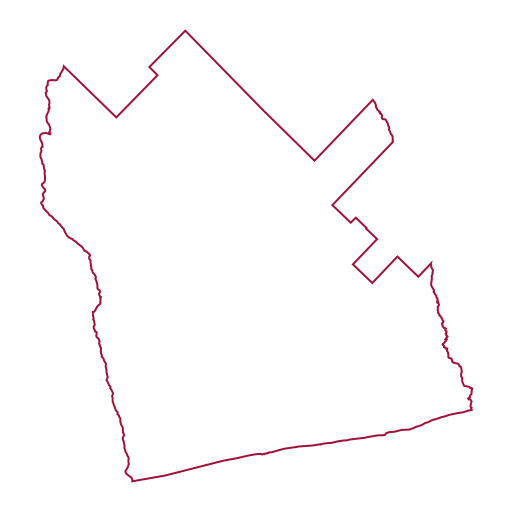 Tres Arroyos, Buenos Aires, Argentina
{"feature_id": "61730980B62269269094219", "entity_name": "Tres Arroyos", "entity_type": "district", "adm_level": 2, "iso_a3": "ARG", "parent_name": "Argentina", "parent_adm1": "Buenos Aires", "projection": "orthographic", "projection_center": [-60.092, -38.474], "detail": "fine", "context": "isolated", "style": "outline", "palette": "rose", "viewbox_px": 512, "rotation_deg": 0, "n_neighbors": 0, "source": "geoboundaries", "source_scale": "gbopen_adm2", "svg_char_len": 5923}
<svg xmlns="http://www.w3.org/2000/svg" viewBox="0 0 512 512"><path d="M392.7,136.6L392.3,135.7L390.8,133.9L389.9,131.2L388.9,129.9L388.9,129.2L389.3,128.7L389.0,126.7L388.4,126.1L387.6,123.0L386.8,122.1L386.0,120.1L385.4,119.4L383.5,119.2L382.4,118.9L382.1,118.5L381.7,117.7L382.1,116.1L381.6,114.4L380.6,113.4L380.0,113.5L379.7,112.8L379.9,112.0L379.0,111.6L378.7,110.8L377.4,109.9L377.1,108.7L376.5,108.0L376.1,107.1L375.9,105.3L375.2,103.1L372.8,99.8L314.5,160.7L263.3,110.4L185.3,30.7L149.4,67.0L157.5,75.2L116.3,117.4L63.8,66.3L63.4,68.8L60.2,74.2L60.0,75.7L59.1,76.8L58.1,77.5L57.7,78.9L57.1,79.8L55.8,80.4L53.8,80.1L51.3,80.1L48.4,80.7L48.1,81.0L47.6,83.7L47.8,85.0L46.7,86.2L46.2,87.6L46.3,89.3L46.9,90.9L46.8,91.5L45.7,92.6L45.7,93.0L46.3,95.9L49.3,100.4L49.5,103.3L48.9,105.0L49.5,106.6L49.5,107.1L49.2,107.4L49.5,108.5L49.2,108.9L48.6,108.8L48.7,110.9L46.7,115.1L46.7,115.7L46.3,116.3L46.5,117.2L46.3,117.6L46.7,119.2L46.5,119.8L46.8,121.2L48.1,123.6L48.6,123.9L49.5,125.8L50.3,128.6L50.3,129.5L49.2,132.4L49.4,133.0L50.4,133.3L50.5,133.7L50.3,134.2L49.1,134.1L48.4,133.4L47.2,133.4L46.1,133.0L42.5,133.3L40.6,134.7L39.8,136.6L39.8,137.5L40.3,139.5L41.4,141.8L41.8,142.1L42.5,145.4L42.5,146.9L41.8,146.9L41.2,148.0L41.1,148.8L41.4,151.1L40.4,153.5L40.4,156.5L40.6,157.4L41.4,158.8L42.3,162.9L42.3,163.7L43.4,164.5L43.7,165.2L43.8,167.2L44.6,170.5L45.0,171.0L44.5,172.5L45.0,176.7L45.1,179.2L44.6,181.8L44.1,182.4L41.9,184.2L41.8,184.7L42.3,186.1L44.0,188.5L44.9,189.2L45.3,190.4L45.1,191.1L43.5,193.0L42.7,194.6L43.9,198.2L43.8,198.7L42.7,201.2L41.2,202.4L41.1,203.0L41.8,204.4L43.0,205.7L43.2,206.4L43.2,207.5L43.5,208.2L48.2,213.1L49.2,214.8L52.3,216.8L53.9,219.0L57.2,221.5L58.0,223.0L59.8,224.3L61.7,226.9L63.8,229.1L64.8,231.8L67.2,235.9L69.8,238.0L72.5,239.1L73.5,240.3L76.0,241.9L77.6,243.5L81.7,246.6L82.8,247.8L84.4,250.7L86.6,251.7L87.8,252.6L90.0,255.1L90.0,255.7L89.2,256.8L89.2,258.2L89.3,258.9L90.6,260.4L90.5,262.5L90.9,264.5L90.7,265.7L91.3,266.8L91.3,269.0L91.5,269.6L92.3,270.3L92.3,271.3L92.8,272.6L94.8,274.7L95.0,275.4L95.7,276.4L95.9,277.1L95.4,279.0L96.7,281.5L96.7,282.5L97.5,285.5L97.4,286.7L97.5,288.5L97.8,289.1L99.4,290.2L100.1,291.2L100.1,291.7L99.2,293.4L99.0,294.5L100.1,296.6L101.0,297.1L100.2,298.1L100.5,298.7L100.5,300.9L100.3,301.7L100.5,303.5L97.4,306.3L94.4,311.6L92.9,311.9L92.9,315.4L93.7,317.9L93.2,319.5L93.9,320.5L94.7,324.2L94.6,325.1L93.9,326.0L93.7,327.9L94.0,328.9L94.8,330.1L94.8,331.2L96.6,332.2L96.6,334.4L96.2,335.7L96.8,337.3L98.7,338.8L99.2,340.1L99.3,341.1L99.6,341.4L99.1,343.6L99.8,345.2L100.2,346.9L101.0,348.1L100.8,351.7L101.1,353.5L101.9,355.0L101.7,356.7L102.6,357.5L103.6,358.9L104.1,360.7L105.6,363.1L105.9,363.9L105.7,366.9L106.5,369.7L106.4,370.7L106.9,374.2L107.6,376.6L107.6,377.5L106.9,378.8L106.6,380.2L108.1,382.8L109.1,385.3L110.4,386.6L110.5,387.2L110.2,388.1L111.6,390.3L112.9,393.0L113.0,393.8L112.1,396.1L112.6,398.1L112.7,402.0L113.5,403.4L113.6,404.5L115.0,407.8L115.5,409.6L116.1,410.7L117.5,412.0L117.7,412.5L117.4,414.2L118.9,415.5L119.1,416.7L120.3,418.3L120.3,421.5L120.9,424.1L122.8,427.8L122.9,432.6L123.4,433.0L124.1,435.3L122.9,437.2L122.7,438.4L122.9,439.8L123.6,441.0L124.1,444.3L124.6,445.6L124.4,447.2L124.6,448.8L125.3,450.3L125.4,451.4L126.9,454.2L127.5,455.9L128.5,457.3L128.6,458.2L128.4,461.6L128.8,464.0L127.7,467.3L125.6,470.8L125.4,471.3L125.7,472.6L126.7,474.1L131.5,477.7L132.3,479.6L132.3,481.3L165.3,475.5L222.8,460.8L237.8,458.0L248.1,455.6L254.7,454.4L258.3,454.0L261.3,454.0L262.1,454.5L263.3,454.1L264.3,454.2L264.4,453.7L267.1,453.4L267.2,453.1L268.1,453.0L269.1,452.4L271.4,452.3L283.9,448.8L297.0,446.9L297.6,446.6L312.4,445.5L319.3,444.4L320.6,444.6L320.9,444.2L323.3,443.7L328.3,443.0L331.4,442.9L338.1,441.3L344.4,440.4L346.8,440.4L349.9,439.5L364.7,437.8L368.1,437.0L377.0,435.5L380.4,435.2L381.4,435.4L384.6,435.0L385.1,434.7L385.8,433.6L386.6,433.0L388.2,432.7L388.5,432.2L394.3,431.8L401.7,429.9L409.5,429.6L410.9,428.9L413.2,428.3L415.0,427.2L419.7,425.8L423.1,424.3L425.0,423.1L427.7,422.3L432.9,419.8L435.8,419.2L442.0,417.0L444.6,416.5L449.1,414.9L457.7,413.1L463.1,412.3L467.6,410.8L471.7,409.9L471.3,408.9L471.5,407.8L470.9,407.7L470.8,406.8L470.4,406.0L471.6,401.4L470.4,399.7L469.2,399.2L468.6,399.3L468.5,398.7L468.2,398.4L468.7,398.0L469.1,398.3L469.6,398.0L470.2,395.3L471.5,393.9L471.7,390.2L472.1,389.7L472.2,388.6L471.7,388.1L470.3,388.2L469.8,387.3L468.6,386.7L464.2,385.9L462.3,381.9L462.1,379.2L462.4,378.8L462.3,378.1L461.2,376.4L461.1,373.8L461.8,371.9L461.2,367.4L460.3,366.5L459.5,366.4L459.3,365.3L457.9,363.6L454.2,363.0L452.5,361.9L452.2,361.5L452.2,360.4L451.6,359.8L451.5,358.6L448.7,357.8L448.3,356.9L448.4,354.9L448.0,353.0L448.1,352.6L447.0,350.9L447.2,350.4L447.2,348.5L445.8,348.5L445.5,347.6L444.0,347.2L444.0,345.9L442.6,344.7L442.9,343.8L443.9,343.2L445.4,341.5L445.6,340.3L445.8,340.3L445.3,339.6L445.7,338.9L446.7,339.0L446.4,337.9L447.5,336.4L446.3,335.5L446.3,334.1L445.7,333.6L446.5,332.5L446.4,332.2L446.6,331.8L446.4,331.2L445.7,330.9L445.6,330.2L445.3,330.0L445.9,328.6L444.7,327.9L443.9,327.9L443.5,327.5L442.6,326.1L442.5,325.3L442.0,324.2L442.2,323.8L442.2,323.1L442.7,323.0L443.5,321.3L442.5,320.2L441.9,318.3L440.5,316.6L440.4,316.0L439.3,315.2L439.4,314.6L439.1,314.0L438.0,312.7L438.3,312.2L437.7,310.2L437.7,308.9L438.0,308.4L437.7,307.1L438.1,306.1L438.6,305.8L439.1,304.9L438.5,303.6L438.5,303.1L437.1,302.5L437.2,301.4L437.9,301.3L437.8,300.5L437.5,300.0L437.5,298.4L436.5,297.6L436.3,295.5L434.8,294.2L434.2,292.6L433.8,292.2L433.6,291.9L434.0,291.1L433.8,290.0L431.2,285.5L431.2,283.4L431.9,278.6L431.7,277.7L431.8,275.8L432.6,273.9L432.5,272.6L433.0,270.0L431.4,267.6L431.2,265.3L430.8,264.5L431.0,263.4L418.3,276.7L397.4,256.6L372.3,283.0L352.9,264.4L377.1,239.1L366.1,228.6L366.5,228.0L355.8,217.7L350.7,222.7L332.4,205.1L393.0,141.8L392.5,140.4L392.9,139.2L392.5,137.5L392.7,136.6Z" fill="none" stroke="#9f1239" stroke-width="2"/></svg>